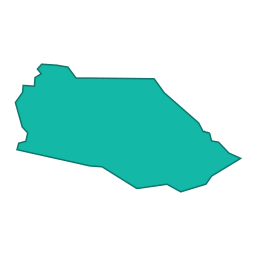 Marion, West Virginia, United States of America (Natural Earth projection)
{"feature_id": "52423323B25945038003590", "entity_name": "Marion", "entity_type": "district", "adm_level": 2, "iso_a3": "USA", "parent_name": "United States of America", "parent_adm1": "West Virginia", "projection": "natural_earth1", "projection_center": [-80.207, 39.513], "detail": "fine", "context": "isolated", "style": "filled", "palette": "teal", "viewbox_px": 256, "rotation_deg": 0, "n_neighbors": 0, "source": "geoboundaries", "source_scale": "gbopen_adm2", "svg_char_len": 640}
<svg xmlns="http://www.w3.org/2000/svg" viewBox="0 0 256 256"><path d="M240.6,158.4L228.9,153.1L218.5,142.2L211.5,140.9L209.7,133.6L209.3,133.1L208.5,132.7L207.7,132.7L207.4,132.4L206.7,132.6L205.9,132.0L204.9,132.0L204.8,131.6L204.5,131.4L203.1,131.6L198.6,122.9L164.3,92.9L154.1,78.8L146.9,78.7L90.0,78.1L76.0,78.1L67.9,67.1L56.6,65.2L41.7,64.2L37.4,69.1L41.3,73.8L35.0,77.6L34.4,86.2L23.2,85.4L22.6,92.4L15.4,102.5L22.3,127.1L27.7,132.8L25.9,141.3L18.7,143.2L17.0,149.7L89.8,165.9L102.1,166.8L136.5,188.3L138.6,188.3L166.9,184.2L180.8,191.8L206.0,184.1L211.5,176.1L240.6,158.4Z" fill="#14b8a6" stroke="#0f766e" stroke-width="1.5"/></svg>